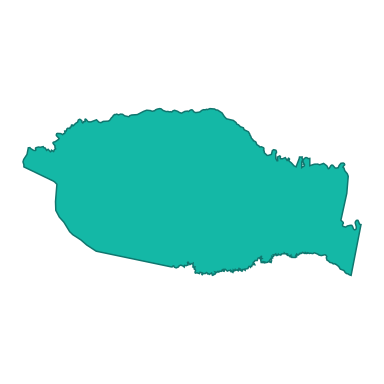 Río Chico, Tucumán, Argentina
{"feature_id": "61730980B68338717287929", "entity_name": "Río Chico", "entity_type": "district", "adm_level": 2, "iso_a3": "ARG", "parent_name": "Argentina", "parent_adm1": "Tucumán", "projection": "robinson", "projection_center": [-65.661, -27.448], "detail": "fine", "context": "isolated", "style": "filled", "palette": "teal", "viewbox_px": 384, "rotation_deg": 0, "n_neighbors": 0, "source": "geoboundaries", "source_scale": "gbopen_adm2", "svg_char_len": 6034}
<svg xmlns="http://www.w3.org/2000/svg" viewBox="0 0 384 384"><path d="M28.3,147.8L27.0,154.4L23.7,159.4L23.0,161.9L23.9,164.8L23.9,166.9L53.2,181.0L54.6,181.9L56.9,184.3L55.5,201.6L55.8,210.4L59.4,217.2L63.9,222.2L69.7,231.7L72.8,234.7L81.0,240.0L86.7,245.0L96.2,251.2L171.3,266.9L172.2,266.9L172.7,266.2L173.7,265.9L174.4,267.2L176.2,267.9L178.4,267.0L179.2,265.8L180.8,265.1L183.0,266.0L184.2,267.0L184.5,265.4L186.1,265.7L188.1,264.9L187.5,262.5L188.0,262.1L189.9,264.6L190.8,264.2L191.0,263.6L192.2,263.7L193.1,263.2L192.9,265.1L193.5,266.1L192.8,266.9L193.2,267.2L194.9,267.0L194.1,268.8L194.4,269.2L195.0,269.1L195.6,270.4L195.0,272.2L195.4,273.1L197.0,272.8L199.5,273.6L200.1,272.2L202.2,272.9L201.8,274.2L202.2,274.7L203.4,273.5L205.2,273.6L206.5,272.5L207.0,272.7L207.5,273.9L208.5,273.7L209.2,274.4L211.6,273.0L212.4,275.3L213.4,275.0L213.9,274.2L214.2,274.5L215.2,274.0L215.7,272.9L215.1,272.0L216.8,272.5L217.6,271.5L218.8,272.1L219.1,271.3L221.4,271.3L222.0,270.6L224.1,271.3L224.4,270.6L224.0,270.0L222.7,270.3L222.2,270.0L223.0,269.4L225.3,269.3L227.3,271.1L228.9,270.4L230.1,270.5L231.1,271.8L231.6,271.7L231.4,271.0L232.9,272.4L233.4,271.2L233.1,270.6L233.2,270.0L234.0,271.0L235.1,269.5L235.5,270.4L236.9,269.9L237.6,270.5L238.1,270.4L238.3,270.0L237.9,269.8L238.2,269.7L238.5,270.6L238.9,270.2L238.7,269.0L239.0,268.5L239.6,269.4L240.1,269.0L240.5,269.2L241.0,269.9L240.6,270.4L242.0,271.2L242.4,270.8L241.9,270.3L242.6,269.5L243.6,269.4L245.1,270.2L244.9,269.1L247.8,268.6L249.0,266.4L250.2,266.5L250.5,267.2L251.2,266.3L251.7,266.4L251.9,265.3L253.0,264.5L254.8,264.7L254.3,263.7L253.1,263.3L253.3,262.4L254.3,261.7L255.1,260.5L257.2,260.5L258.0,258.2L260.4,257.3L261.2,256.3L261.5,256.4L261.3,256.9L259.5,258.2L260.3,259.1L261.7,258.3L262.1,258.5L261.2,259.1L260.7,260.0L261.2,262.5L261.8,262.5L262.1,262.1L262.7,262.5L263.1,261.8L263.7,262.4L264.1,261.8L265.0,262.1L264.8,262.8L267.5,262.3L268.3,261.6L271.1,262.5L271.4,261.4L270.5,261.7L269.5,260.7L270.1,259.6L271.4,259.8L271.5,258.9L270.9,258.7L271.2,258.2L272.5,258.0L271.9,256.3L273.1,256.6L273.9,255.8L273.4,254.8L274.4,254.9L275.7,253.9L276.0,255.2L276.5,255.0L276.6,255.5L277.0,255.5L277.8,255.0L278.3,254.1L278.9,254.9L280.2,254.6L280.8,255.1L281.7,253.9L284.2,253.7L284.3,253.0L285.2,253.9L286.1,253.7L286.7,254.5L287.2,254.2L287.4,253.3L287.7,254.7L287.3,255.1L287.5,255.4L288.4,255.4L289.6,256.1L290.5,255.5L290.1,256.7L290.8,256.9L291.6,256.4L291.8,257.4L295.3,257.5L296.6,256.8L295.6,255.9L296.7,254.0L297.3,254.6L297.1,255.1L298.1,255.1L298.7,254.8L299.2,253.9L299.8,254.0L300.1,253.2L301.6,253.4L302.4,252.4L303.4,253.0L304.0,252.6L304.5,253.4L305.6,253.4L305.7,252.7L306.8,253.5L308.1,252.3L307.8,253.2L308.6,253.0L309.3,253.5L310.2,253.2L312.8,253.6L314.4,252.8L317.7,254.1L318.9,255.0L321.3,255.6L325.0,254.7L325.9,255.2L326.8,256.5L326.3,257.9L327.1,260.3L328.3,260.8L329.9,262.4L332.2,263.0L333.2,263.9L334.8,263.7L335.4,264.3L335.8,264.2L338.7,266.5L340.3,269.1L343.9,270.5L345.2,272.5L346.4,273.5L348.1,273.9L349.3,274.8L351.1,275.4L361.0,224.6L360.1,224.5L359.5,223.9L358.0,220.4L357.1,220.2L356.3,220.5L355.4,221.8L355.2,222.9L356.3,226.8L356.2,228.8L355.5,229.6L354.4,229.8L353.5,229.0L352.5,226.3L351.7,225.3L350.2,225.3L347.6,225.9L345.5,227.1L343.2,226.4L342.6,225.8L342.5,224.5L343.3,223.5L343.2,222.4L340.9,220.2L346.8,193.3L348.1,177.7L348.2,176.2L347.3,173.8L344.7,170.6L344.0,168.1L343.0,167.3L343.4,166.2L344.7,164.8L344.3,163.6L343.2,163.0L340.9,163.3L339.1,165.5L338.2,167.7L336.2,168.1L335.2,168.0L332.8,165.3L331.9,165.0L330.9,165.6L329.2,168.4L328.3,168.7L326.8,165.8L323.6,163.4L319.7,164.8L317.6,164.1L314.3,164.2L309.8,165.7L309.8,158.4L308.2,158.6L306.8,157.6L305.6,157.6L304.2,158.6L303.0,160.1L303.1,162.0L304.2,164.2L303.8,164.3L304.4,164.6L304.4,165.8L301.7,167.6L301.7,161.9L302.8,159.7L302.0,158.2L302.2,157.0L299.5,157.0L299.2,158.6L296.1,166.8L294.2,166.0L291.4,162.9L289.2,161.2L289.0,160.7L289.5,159.1L288.7,158.2L288.2,158.5L287.6,160.4L287.1,160.5L285.3,157.6L282.4,158.8L280.6,158.7L280.3,158.4L280.4,156.4L279.7,155.9L277.4,157.1L277.7,160.7L277.0,160.8L275.7,158.4L275.7,153.5L276.5,152.8L276.4,151.2L275.8,150.2L273.7,149.7L272.4,150.5L271.4,154.4L268.3,155.4L267.1,155.4L264.3,152.7L264.2,151.0L263.5,150.1L264.0,149.0L263.6,147.8L261.5,146.8L259.7,146.9L258.9,145.9L256.8,144.6L255.9,142.1L254.5,141.1L253.4,140.8L253.0,139.8L251.4,138.2L250.7,136.1L250.0,135.3L249.8,134.2L248.4,131.8L244.1,129.7L243.4,127.8L240.4,126.7L238.4,124.7L236.9,124.2L236.0,122.5L233.3,120.4L226.5,118.8L224.4,116.6L222.1,113.0L217.7,110.1L215.9,109.9L214.6,109.0L209.9,108.6L207.5,109.6L206.7,109.3L205.1,109.8L203.4,109.7L201.8,110.4L199.6,112.1L195.6,112.6L194.1,112.0L192.4,110.0L191.5,109.8L190.4,110.1L188.4,111.5L187.5,111.1L184.9,111.4L181.4,113.2L179.3,112.4L177.6,111.3L174.6,110.3L173.0,110.8L171.7,112.0L170.4,111.7L169.2,111.9L168.0,111.4L166.2,111.6L163.0,110.4L161.0,108.8L159.7,108.6L157.3,109.1L155.6,109.8L154.6,110.7L152.1,111.3L150.5,110.6L146.7,110.2L143.5,111.4L137.3,114.6L131.6,115.0L129.7,115.7L129.3,116.5L128.6,116.7L124.6,115.8L122.6,114.3L120.5,114.1L118.6,114.9L116.7,114.1L115.4,114.6L114.6,114.5L113.3,115.5L112.6,116.8L111.5,117.7L109.8,120.2L108.4,121.1L103.2,121.4L100.9,122.7L98.9,122.2L96.5,119.8L90.9,121.9L88.8,121.9L88.0,121.6L86.1,119.4L85.3,119.1L84.9,119.9L85.2,121.4L83.7,121.7L83.3,122.6L82.6,122.9L82.1,122.2L81.7,120.6L80.1,119.4L79.5,119.3L78.3,120.0L77.6,122.1L75.7,123.3L73.1,125.8L72.5,125.7L72.1,124.9L71.5,125.1L71.1,126.8L70.1,127.3L69.8,128.4L67.8,128.2L67.1,128.6L66.2,131.0L64.7,131.1L65.0,132.5L64.6,133.5L63.7,133.6L62.7,134.6L60.8,133.6L57.4,133.4L56.7,133.7L56.3,134.9L56.4,135.6L59.1,138.5L58.5,139.4L55.2,141.7L53.4,142.2L53.0,142.7L53.1,143.4L54.9,145.7L55.0,147.6L55.6,148.8L54.5,149.5L53.6,151.5L51.5,150.2L51.1,151.4L50.4,151.8L48.1,149.3L46.6,150.4L45.2,148.0L44.0,147.8L43.2,146.6L40.2,147.3L38.5,147.0L36.0,147.7L35.5,148.2L35.9,149.9L35.4,150.5L33.7,150.4L30.7,148.6L29.9,147.6L28.3,147.8Z" fill="#14b8a6" stroke="#0f766e" stroke-width="1.5"/></svg>